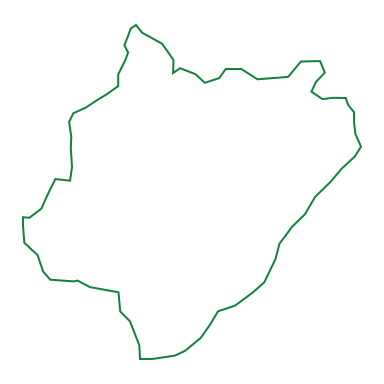 Trachypedoula, Paphos, Cyprus (Natural Earth projection)
{"feature_id": "46923920B82818287753128", "entity_name": "Trachypedoula", "entity_type": "district", "adm_level": 2, "iso_a3": "CYP", "parent_name": "Cyprus", "parent_adm1": "Paphos", "projection": "natural_earth1", "projection_center": [32.677, 34.797], "detail": "fine", "context": "isolated", "style": "outline", "palette": "green", "viewbox_px": 384, "rotation_deg": 0, "n_neighbors": 0, "source": "geoboundaries", "source_scale": "gbopen_adm2", "svg_char_len": 1012}
<svg xmlns="http://www.w3.org/2000/svg" viewBox="0 0 384 384"><path d="M136.0,25.0L130.8,28.5L127.8,36.6L124.4,45.2L128.1,52.5L125.3,60.1L118.2,74.5L118.2,86.1L106.8,94.2L97.3,100.0L85.9,107.5L73.3,113.3L69.1,121.9L71.3,136.6L70.8,147.9L72.0,167.3L70.0,180.7L55.3,179.1L47.9,194.1L41.3,208.7L29.3,217.8L23.0,217.2L23.0,225.5L24.3,242.8L37.5,255.0L43.1,271.5L50.3,279.7L73.7,281.4L77.6,280.6L89.9,287.1L118.5,292.3L120.2,311.4L130.0,321.4L139.3,345.2L140.0,359.0L152.0,359.0L174.9,355.6L185.1,350.8L200.7,337.9L210.3,324.3L218.0,311.3L235.1,305.6L252.5,292.7L264.3,282.3L275.4,259.2L279.5,243.7L292.2,226.6L304.9,214.3L315.1,196.9L330.9,181.5L341.2,169.1L354.8,156.5L361.0,146.6L355.4,134.0L354.1,122.6L354.0,112.2L348.2,105.0L345.7,98.0L332.9,97.8L322.5,99.1L311.4,91.7L315.9,82.0L324.8,72.6L320.1,61.1L300.9,61.5L288.1,76.9L257.5,79.3L241.3,69.0L225.8,69.0L219.2,78.1L204.8,82.8L195.5,74.2L180.1,68.2L173.1,73.0L173.5,60.0L162.2,43.8L142.1,32.7L136.0,25.0Z" fill="none" stroke="#15803d" stroke-width="2"/></svg>